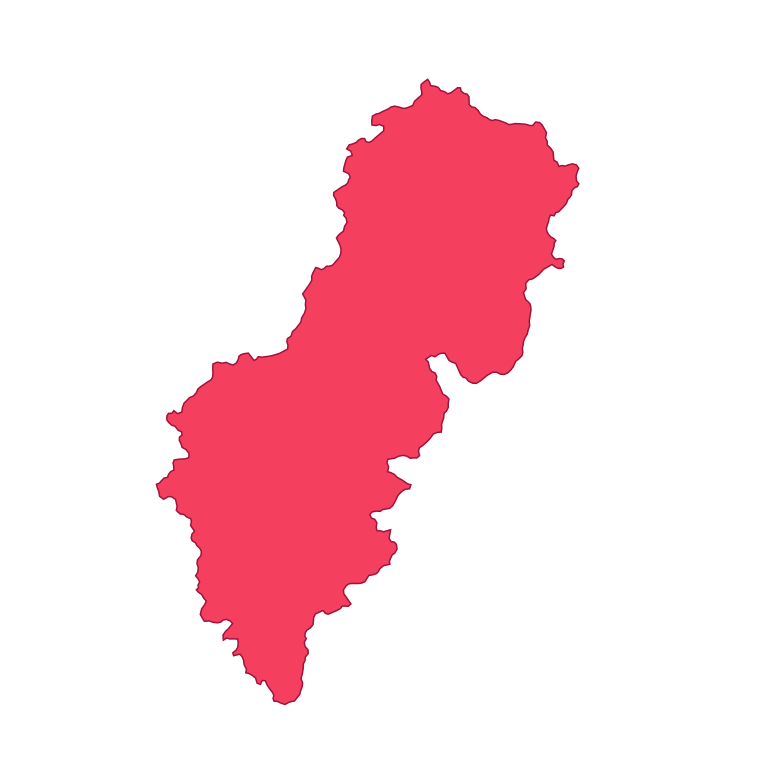 Itambacuri, Minas Gerais, Brazil, rotated 344°
{"feature_id": "56859067B80184588118142", "entity_name": "Itambacuri", "entity_type": "district", "adm_level": 2, "iso_a3": "BRA", "parent_name": "Brazil", "parent_adm1": "Minas Gerais", "projection": "orthographic", "projection_center": [-41.849, -18.177], "detail": "fine", "context": "isolated", "style": "filled", "palette": "rose", "viewbox_px": 768, "rotation_deg": 344, "n_neighbors": 0, "source": "geoboundaries", "source_scale": "gbopen_adm2", "svg_char_len": 6171}
<svg xmlns="http://www.w3.org/2000/svg" viewBox="0 0 768 768"><g transform="rotate(344 384 384)"><path d="M159.1,466.7L161.3,473.3L158.1,475.3L156.2,478.8L156.4,481.7L159.0,484.7L159.6,487.7L161.5,490.8L162.3,494.5L160.8,498.4L156.3,501.6L154.7,505.1L154.9,509.3L153.1,513.5L150.0,516.5L151.6,520.1L152.2,523.5L149.8,526.0L149.4,529.0L146.9,530.1L148.3,533.2L150.7,535.9L151.7,540.3L153.4,543.6L150.7,546.8L146.7,549.9L143.9,554.9L144.9,559.0L145.9,562.6L150.3,563.4L154.5,566.2L158.2,567.7L161.2,567.9L164.5,566.5L167.8,566.9L170.9,569.5L172.4,572.5L166.6,576.6L163.7,577.9L160.0,581.0L159.0,586.0L162.7,584.8L165.8,586.7L169.5,587.6L173.1,589.0L172.3,593.2L170.9,596.7L168.5,599.0L164.6,600.7L164.5,603.7L171.0,604.0L172.4,607.0L172.9,610.4L172.2,615.4L173.2,620.1L171.5,623.5L174.0,624.8L176.8,627.4L179.5,631.2L179.6,636.7L182.5,638.7L185.0,635.4L188.1,636.5L188.7,641.2L190.2,645.9L191.9,650.1L192.2,653.1L190.6,655.8L190.9,658.7L193.9,659.6L196.7,662.1L200.5,664.8L204.6,663.8L207.7,663.7L210.4,664.1L217.5,659.1L219.0,656.3L221.7,652.7L223.4,649.0L223.0,644.4L225.6,640.1L227.9,635.2L229.3,630.8L231.7,628.3L233.2,624.7L236.9,622.1L237.7,618.8L235.7,614.3L236.3,610.1L239.1,607.4L238.4,604.6L239.7,601.5L242.2,599.3L246.2,598.1L249.6,595.6L252.2,588.8L254.8,586.1L262.9,584.9L264.4,588.2L266.7,589.9L276.6,588.7L280.3,587.8L282.7,585.9L288.5,587.8L291.6,586.3L287.6,574.6L288.2,570.9L291.4,567.9L294.5,566.5L297.4,566.7L304.7,568.8L307.9,569.2L311.2,568.8L316.5,563.9L320.6,564.3L324.4,564.2L326.9,562.7L329.3,560.3L333.4,558.5L340.0,558.9L340.3,556.0L342.4,553.2L344.7,550.6L347.8,549.5L351.1,546.2L351.7,541.4L350.2,538.7L347.5,537.6L346.3,533.9L350.2,525.9L342.8,525.9L340.4,524.3L336.9,523.2L336.9,519.9L338.9,515.4L337.8,511.5L334.9,509.3L334.4,505.5L337.3,503.7L341.3,504.0L345.3,505.4L348.0,504.3L355.0,505.1L358.8,503.4L361.9,500.4L367.1,494.6L371.3,492.3L375.4,491.0L379.7,491.8L382.1,488.2L379.3,486.6L375.3,481.7L370.9,477.2L369.0,473.7L366.1,471.0L363.3,469.3L365.6,465.0L365.1,460.5L366.9,457.4L373.8,458.3L378.0,457.4L382.7,457.9L386.0,459.6L388.9,462.7L392.3,463.2L395.2,464.2L398.5,462.6L398.6,458.3L400.5,454.9L403.9,454.0L409.4,451.3L412.6,449.5L417.8,445.6L421.8,445.2L425.8,446.0L427.2,442.8L428.3,438.5L432.1,432.9L433.6,428.8L436.5,427.3L439.3,424.3L440.4,420.3L442.3,416.3L440.6,412.9L437.7,409.9L436.8,401.6L435.1,394.6L436.8,391.3L436.2,387.6L433.5,385.3L432.2,381.7L432.6,375.0L430.8,371.7L437.4,369.6L440.6,371.9L444.8,370.3L448.2,370.3L451.1,371.3L452.9,379.0L455.2,381.6L458.6,384.0L460.4,396.4L461.9,399.3L464.4,400.7L465.9,404.5L469.5,407.7L473.0,408.8L477.5,407.6L485.6,404.1L491.5,402.7L495.2,403.6L499.0,406.8L501.9,407.9L505.8,407.5L509.6,405.6L512.9,403.2L516.8,398.5L520.8,396.9L524.5,394.8L526.2,391.8L526.8,387.9L528.7,384.5L529.9,381.5L532.3,378.4L535.5,375.5L537.4,371.9L540.2,367.9L541.0,363.4L545.6,353.7L546.3,350.6L546.5,347.4L545.1,344.5L543.5,342.0L543.2,334.7L546.9,331.7L547.9,326.4L551.8,323.7L556.1,323.9L563.1,321.3L568.9,317.8L578.4,315.4L580.8,318.6L583.0,320.6L586.0,321.7L588.8,321.1L589.1,318.0L591.3,315.3L589.7,312.8L587.1,311.7L583.6,311.5L581.8,308.9L580.8,305.3L585.5,298.4L586.4,295.5L588.7,293.6L587.3,291.1L584.7,288.4L583.2,285.2L582.6,282.0L583.2,278.7L587.1,272.9L588.4,270.1L590.6,267.5L593.8,269.2L596.4,266.6L599.3,266.6L605.4,263.1L609.1,260.7L611.5,257.3L614.1,255.8L616.3,253.9L618.0,249.8L621.3,247.9L624.1,247.6L626.5,245.3L625.1,242.0L625.8,237.5L627.9,233.7L630.7,230.3L629.3,226.4L625.8,224.3L621.7,224.2L618.1,224.5L615.2,223.0L612.1,223.1L611.5,218.4L609.0,215.6L610.5,207.5L609.2,203.2L606.8,199.1L607.8,195.7L607.1,191.7L609.5,187.3L607.4,178.4L605.4,175.4L601.9,174.0L598.2,176.5L595.4,175.7L591.7,173.3L584.0,170.5L581.4,169.7L578.6,169.6L575.3,168.9L573.1,166.7L567.3,162.4L563.9,160.6L560.8,160.6L558.4,159.1L556.3,156.4L553.2,154.1L551.1,151.2L549.8,146.9L547.6,143.3L544.6,141.7L542.9,138.8L544.9,131.3L543.7,128.2L541.0,126.7L538.8,123.7L539.1,120.4L536.4,119.5L528.8,122.5L525.1,122.5L522.6,119.5L519.3,117.6L517.9,113.9L515.1,111.8L511.1,110.1L511.0,106.7L510.0,103.2L505.9,104.6L502.3,106.3L501.1,109.6L500.9,112.9L500.1,116.4L491.3,120.6L488.5,124.1L483.6,124.8L480.0,124.8L477.5,123.8L474.7,121.9L470.7,119.8L467.1,119.7L463.7,120.8L457.1,121.8L453.8,122.5L450.6,122.3L446.7,123.3L444.9,127.3L443.8,131.7L447.6,133.4L451.1,133.3L454.8,136.2L453.5,140.5L442.8,145.3L439.4,147.1L436.3,147.6L433.6,146.3L433.0,142.7L429.9,141.8L426.6,142.6L423.9,144.1L419.9,144.6L416.5,144.5L412.9,147.7L416.4,151.3L416.4,155.5L411.4,155.8L408.9,158.7L404.8,165.5L403.7,168.4L408.0,172.0L408.6,175.9L406.4,177.9L404.4,181.0L401.3,182.3L397.8,182.9L388.5,186.0L387.5,189.0L388.4,192.4L388.7,195.9L387.8,199.5L389.1,202.6L392.0,205.1L393.3,208.5L391.7,210.8L393.3,214.2L393.0,218.5L389.7,221.4L387.0,226.0L383.4,227.3L380.8,228.7L378.5,230.5L380.0,238.7L379.8,242.6L378.5,246.5L376.2,249.8L367.3,255.6L363.7,255.7L361.0,254.9L357.9,256.7L355.1,256.7L353.0,254.8L350.5,253.2L346.1,257.8L344.1,260.6L343.2,264.3L339.8,267.7L330.6,275.0L332.1,282.0L330.4,285.6L329.7,290.0L327.1,293.9L323.2,297.7L321.0,301.7L314.6,306.4L310.5,308.4L307.7,312.5L303.7,313.7L302.3,316.6L302.3,320.5L301.0,323.8L291.9,325.8L283.2,325.9L274.1,324.6L270.7,323.1L268.3,325.0L265.6,325.5L262.1,316.9L258.1,316.3L254.8,316.3L252.2,317.4L250.6,320.3L248.0,323.0L244.1,324.1L240.7,321.9L238.3,319.7L234.1,319.4L229.8,317.1L225.1,317.6L223.6,322.1L222.5,326.8L221.0,330.4L218.5,332.5L214.6,333.5L207.1,336.0L203.7,337.6L201.0,340.8L197.5,343.0L193.4,343.5L186.5,347.3L183.8,351.0L181.9,355.2L177.4,355.6L174.6,351.7L172.1,353.7L168.7,352.8L166.4,355.0L165.4,358.9L166.7,362.1L168.6,365.1L171.5,367.1L173.4,371.8L176.2,374.1L175.8,377.3L172.7,378.7L171.7,381.8L172.4,386.0L172.4,389.2L175.4,392.2L177.5,396.9L176.1,400.9L172.4,401.2L165.9,399.7L161.4,399.2L159.5,401.7L159.2,405.0L158.3,408.8L154.9,409.4L152.0,411.4L150.2,414.1L146.7,413.8L143.2,415.7L140.9,417.4L137.6,417.7L137.5,421.3L137.9,425.2L137.3,430.0L140.4,434.1L145.7,432.8L148.8,433.9L151.8,437.5L151.4,444.6L149.5,448.2L152.1,452.7L155.8,454.3L157.9,457.7L161.2,460.3L160.8,463.5L159.1,466.7Z" fill="#f43f5e" stroke="#9f1239" stroke-width="1.5"/></g></svg>